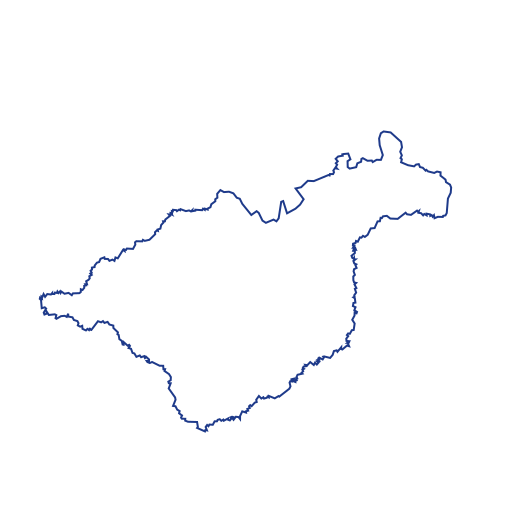 Nam Khun, Ubon Ratchathani, Thailand, rotated 223°
{"feature_id": "78962969B96008774598843", "entity_name": "Nam Khun", "entity_type": "district", "adm_level": 2, "iso_a3": "THA", "parent_name": "Thailand", "parent_adm1": "Ubon Ratchathani", "projection": "mercator", "projection_center": [104.905, 14.55], "detail": "fine", "context": "isolated", "style": "outline", "palette": "blue", "viewbox_px": 512, "rotation_deg": 223, "n_neighbors": 0, "source": "geoboundaries", "source_scale": "gbopen_adm2", "svg_char_len": 6090}
<svg xmlns="http://www.w3.org/2000/svg" viewBox="0 0 512 512"><g transform="rotate(223 256 256)"><path d="M370.8,68.9L369.8,71.0L371.3,72.6L367.3,71.6L363.4,76.1L361.7,76.6L360.2,73.8L359.1,74.0L357.6,79.0L355.1,81.8L352.9,82.4L354.0,85.7L352.0,83.7L348.4,86.0L345.6,85.0L342.2,86.6L340.0,85.8L339.0,83.7L336.4,84.4L335.5,86.4L333.2,84.4L329.6,85.6L329.6,87.7L327.6,87.9L328.4,90.1L327.2,89.0L326.0,89.6L327.1,100.5L324.0,101.9L323.5,104.0L321.2,103.7L319.6,106.6L316.5,105.9L312.9,107.8L311.2,106.1L304.9,106.0L304.0,104.3L302.6,104.6L299.2,102.0L296.3,102.4L293.2,100.3L292.3,100.8L293.9,102.8L288.6,102.9L288.2,104.5L286.9,104.3L286.4,101.8L284.1,102.9L280.2,100.9L278.5,101.8L274.7,100.7L273.2,104.0L271.0,103.6L269.5,106.5L267.6,105.6L267.3,106.5L268.9,107.3L263.7,107.4L262.7,106.3L264.4,104.7L263.1,104.4L260.7,105.3L259.7,107.6L251.7,110.0L249.0,112.4L246.5,110.1L245.3,111.2L244.5,109.5L239.1,110.3L235.7,109.4L233.7,107.0L234.4,104.3L233.0,103.5L231.6,104.7L229.5,99.6L218.7,97.4L216.8,96.0L214.4,89.8L212.4,91.2L208.9,89.9L206.1,90.5L205.0,88.5L201.3,88.9L200.6,86.7L199.3,86.4L196.7,88.7L195.5,87.3L192.7,88.4L185.9,94.4L182.0,91.4L181.8,90.1L173.7,92.9L174.3,94.1L172.9,95.0L176.2,96.6L176.5,99.1L174.7,99.1L175.1,101.0L172.5,103.1L173.5,106.9L171.8,108.5L172.3,110.0L171.2,111.9L169.0,111.8L168.3,114.1L167.2,113.6L165.6,118.2L164.8,117.2L163.0,117.9L163.1,120.1L164.6,120.6L163.9,122.1L162.7,122.7L162.8,121.3L160.7,120.9L161.1,124.7L158.9,126.3L156.5,125.9L158.5,128.1L160.1,133.0L156.5,134.7L157.5,135.5L156.3,137.5L158.0,138.2L156.9,140.6L158.6,141.4L158.5,143.0L156.8,143.2L156.9,147.9L155.9,149.7L157.8,151.0L158.4,155.6L154.9,155.4L154.3,157.7L152.9,157.2L151.4,159.7L151.7,161.0L150.2,161.3L151.2,162.4L145.2,164.7L144.0,168.9L143.1,169.0L141.1,181.7L141.9,184.2L145.1,186.3L145.5,187.8L144.2,188.7L146.0,190.0L144.4,192.5L143.6,189.8L141.3,190.7L142.1,191.4L141.5,192.7L142.7,192.9L142.2,194.5L143.9,195.3L144.6,197.5L141.8,201.6L143.0,201.7L142.9,203.9L144.5,204.5L144.0,206.2L145.4,206.0L145.8,207.6L144.2,209.6L145.7,210.0L144.0,211.2L144.0,215.4L139.4,215.7L140.1,218.2L137.5,218.1L137.6,220.7L139.3,220.6L138.2,221.9L140.0,221.9L139.1,223.3L140.6,223.7L140.5,224.8L136.7,225.8L137.1,227.9L138.2,228.2L137.7,229.0L132.3,232.0L132.5,236.0L134.2,239.6L132.7,242.0L131.1,241.5L131.4,247.3L130.3,246.0L129.1,246.5L128.4,252.5L126.4,253.5L128.7,254.5L129.1,255.9L130.0,254.9L129.9,257.1L131.9,255.6L133.6,257.1L133.9,260.3L135.6,260.2L135.8,262.2L134.3,263.1L135.3,267.1L134.1,268.5L137.8,273.9L142.1,275.0L143.3,279.6L145.2,281.8L143.4,282.6L144.0,284.0L147.1,283.4L148.3,286.4L151.0,285.5L152.7,288.1L151.5,289.7L154.9,292.5L156.6,292.2L156.2,293.5L157.4,294.3L157.8,297.5L161.3,299.4L160.7,301.0L164.6,302.4L164.4,304.6L166.3,303.6L168.3,304.7L170.9,307.4L170.8,309.6L174.1,311.3L175.3,313.2L174.3,315.9L177.1,317.1L177.0,318.3L179.1,317.6L181.4,318.8L181.0,321.3L181.9,320.5L183.1,321.6L182.9,320.6L184.3,320.3L186.3,321.3L185.7,325.5L187.2,327.2L188.5,326.1L189.2,327.8L187.3,328.8L189.4,329.8L190.7,328.3L191.2,330.7L192.4,329.9L193.4,331.2L192.1,333.5L193.1,335.2L191.3,335.9L192.7,340.5L191.4,341.3L191.5,343.7L189.4,344.2L188.8,347.7L190.9,354.4L188.3,357.3L190.7,364.2L189.1,365.9L190.9,368.9L189.8,369.6L190.2,371.6L187.7,374.6L183.3,375.0L177.7,379.8L176.1,389.7L174.0,389.5L170.7,391.8L169.2,399.0L167.6,398.8L167.5,399.9L166.7,398.4L164.4,399.9L161.5,399.7L161.6,401.5L158.9,402.1L160.1,403.3L157.0,405.2L155.9,404.2L155.4,405.7L153.6,405.2L153.7,407.2L151.2,405.4L149.7,408.7L146.0,412.0L146.5,413.0L145.1,414.9L145.8,417.5L154.8,428.9L156.7,435.0L160.0,439.2L162.8,440.5L167.4,439.6L169.5,441.1L175.9,440.6L178.1,443.1L181.2,441.2L182.3,438.3L187.9,435.2L190.1,435.2L190.2,434.1L194.2,434.3L196.7,432.9L199.6,434.2L201.3,432.0L201.5,429.4L206.7,426.1L213.8,423.5L215.3,426.2L217.0,426.1L218.0,429.1L221.6,430.6L223.4,435.1L227.7,438.4L241.8,438.2L247.6,434.1L248.4,430.9L246.1,425.9L241.1,421.4L232.1,416.3L230.2,411.5L233.4,408.6L234.7,404.3L236.4,404.8L239.4,401.7L244.6,400.4L245.1,398.9L243.4,396.6L245.1,392.9L243.3,389.3L247.1,383.8L249.6,383.6L253.7,387.8L252.9,391.1L258.4,393.8L261.5,390.3L262.2,389.2L261.0,388.5L263.8,384.8L264.0,381.4L260.8,381.0L260.9,378.3L258.9,378.1L258.3,375.4L256.3,375.2L258.1,374.1L257.7,371.2L256.1,370.5L255.5,368.5L257.8,366.4L257.1,365.1L258.2,364.7L264.8,350.2L269.4,346.3L269.9,337.1L273.1,332.4L259.9,330.0L258.8,323.6L259.4,317.5L262.4,308.4L273.6,314.7L274.5,312.8L265.1,299.0L264.7,295.3L268.0,294.6L271.4,287.0L275.4,286.3L283.4,289.4L286.1,289.2L287.4,282.8L301.6,284.8L306.9,286.8L309.8,285.5L315.3,286.4L319.6,284.6L323.0,280.9L327.0,279.9L326.8,275.0L324.0,272.3L324.5,269.7L323.1,268.3L324.0,263.4L322.6,260.6L323.7,257.7L323.0,257.0L325.6,255.8L324.9,254.8L327.0,254.5L326.6,252.8L331.9,248.5L331.3,247.8L333.4,245.0L333.9,245.9L334.0,244.2L336.0,243.7L337.9,241.0L343.1,238.8L342.7,237.7L343.9,237.4L344.4,234.9L345.5,235.2L348.2,233.2L347.3,232.0L348.2,231.5L346.7,230.1L347.5,229.5L345.9,229.0L347.4,228.6L346.7,227.8L348.1,226.9L346.3,226.6L347.2,220.8L346.3,219.3L347.6,218.0L346.5,217.4L346.5,214.0L344.6,210.8L346.0,208.3L344.9,207.5L346.0,207.1L346.1,204.5L344.6,203.2L345.0,195.2L347.7,191.2L349.7,190.7L349.2,189.1L353.6,185.2L353.8,183.5L352.0,182.0L350.8,177.3L355.5,173.4L355.2,171.8L356.8,171.0L355.5,170.0L357.4,169.7L355.5,160.0L357.8,159.1L356.2,155.9L358.5,155.5L359.9,152.5L362.2,152.9L364.7,150.7L366.0,151.6L367.8,147.9L366.6,144.6L367.8,142.6L367.5,139.1L366.5,137.8L368.1,135.6L366.7,134.2L366.9,132.4L364.7,131.7L365.2,130.2L363.3,130.1L364.1,127.5L362.4,126.3L362.2,124.5L363.0,121.7L360.3,120.1L361.6,118.9L360.3,118.5L361.3,117.0L359.9,115.6L359.7,112.8L361.4,112.2L359.6,110.2L359.8,108.4L364.4,103.8L364.0,101.7L367.9,101.2L370.3,97.8L374.0,97.3L373.7,95.8L375.2,96.6L375.2,94.2L377.0,94.6L376.4,93.2L378.1,92.1L377.5,90.7L379.1,89.3L379.8,90.0L379.7,88.0L382.7,85.8L382.4,82.3L385.4,83.3L384.3,80.4L385.2,80.2L383.5,78.8L385.6,78.4L384.9,77.2L383.2,77.2L377.1,71.7L375.5,74.4L373.6,74.4L372.6,69.8L370.8,68.9Z" fill="none" stroke="#1e3a8a" stroke-width="2"/></g></svg>